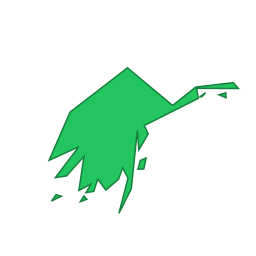 the State of Alaska, rotated 314°
{"feature_id": "USA-3563", "entity_name": "Alaska", "entity_type": "State", "adm_level": 1, "iso_a3": "USA", "parent_name": "United States of America", "parent_adm1": "", "projection": "natural_earth1", "projection_center": [-152.163, 61.314], "detail": "coarse", "context": "isolated", "style": "filled", "palette": "green", "viewbox_px": 256, "rotation_deg": 314, "n_neighbors": 0, "source": "natural_earth", "source_scale": "10m", "svg_char_len": 747}
<svg xmlns="http://www.w3.org/2000/svg" viewBox="0 0 256 256"><g transform="rotate(314 128 128)"><path d="M170.9,85.8L175.2,144.4L204.5,148.3L233.7,172.2L233.1,180.0L204.2,149.8L198.2,158.0L141.1,138.0L137.8,146.6L119.9,151.0L132.6,136.5L86.4,172.7L60.4,180.7L92.0,162.8L95.5,151.8L84.6,156.8L67.9,155.2L70.2,141.8L58.6,147.4L52.3,142.7L61.8,140.4L49.0,136.0L77.0,116.1L50.7,117.0L41.9,110.2L80.3,105.6L49.9,93.7L99.2,75.3L170.9,85.8ZM119.0,161.9L109.5,167.8L105.3,163.8L113.2,159.4L119.0,161.9ZM221.2,173.9L217.9,177.5L215.1,170.4L221.2,173.9ZM30.0,122.6L32.6,127.4L22.3,123.7L30.0,122.6ZM202.3,159.5L199.8,158.0L207.3,159.3L202.3,159.5ZM48.6,143.5L48.1,147.9L41.9,144.9L48.6,143.5Z" fill="#22c55e" stroke="#15803d" stroke-width="1.5"/></g></svg>